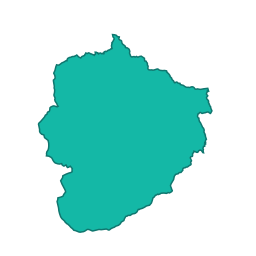 the district of San Jerónimo, Antioquia, Colombia, rotated 166°
{"feature_id": "7082276B34132684574045", "entity_name": "San Jerónimo", "entity_type": "district", "adm_level": 2, "iso_a3": "COL", "parent_name": "Colombia", "parent_adm1": "Antioquia", "projection": "mercator", "projection_center": [-75.715, 6.435], "detail": "fine", "context": "isolated", "style": "filled", "palette": "teal", "viewbox_px": 256, "rotation_deg": 166, "n_neighbors": 0, "source": "geoboundaries", "source_scale": "gbopen_adm2", "svg_char_len": 5762}
<svg xmlns="http://www.w3.org/2000/svg" viewBox="0 0 256 256"><g transform="rotate(166 128 128)"><path d="M41.0,147.2L44.9,147.7L48.1,147.9L49.6,148.4L51.0,149.1L52.6,149.2L53.4,149.5L54.1,151.1L54.6,151.8L55.5,152.4L56.7,152.6L57.9,152.4L58.8,152.5L59.5,152.9L61.0,153.2L61.8,153.6L62.8,154.5L63.9,155.9L66.4,157.3L66.8,157.8L66.7,158.7L66.9,158.8L68.6,159.4L69.2,160.5L69.5,160.7L70.1,160.9L71.5,160.5L72.0,160.8L72.4,162.6L73.5,164.3L73.6,165.9L74.7,167.7L74.6,168.7L75.4,170.7L76.9,173.0L76.6,173.7L76.9,174.2L78.7,175.0L80.5,175.3L82.7,176.1L83.7,176.7L84.4,177.7L85.0,178.1L85.7,178.2L88.5,178.0L89.9,178.1L90.7,178.6L92.8,179.0L94.0,179.7L94.4,180.9L93.5,183.2L94.0,184.3L93.9,184.8L93.6,185.3L93.7,186.7L94.1,187.3L94.2,188.2L94.4,188.6L95.4,188.9L95.6,189.2L95.2,191.7L97.8,194.5L99.6,194.6L101.1,194.3L101.3,194.3L102.5,195.4L103.8,195.1L104.4,195.4L104.7,195.8L105.9,196.0L106.9,195.9L107.6,196.4L108.1,197.1L108.1,198.3L108.3,199.0L108.4,200.4L107.7,202.0L107.8,203.5L108.0,204.4L109.3,205.9L110.0,206.1L111.0,206.7L111.0,207.1L110.8,207.4L110.8,207.9L112.2,209.9L112.7,210.3L113.0,211.0L113.3,211.9L113.2,214.0L113.8,214.9L114.6,215.3L115.1,216.1L115.4,216.7L115.3,217.2L114.7,217.7L114.4,218.5L116.2,219.2L116.7,220.5L117.1,220.9L118.5,221.7L120.4,222.4L120.5,220.5L120.4,219.7L119.9,219.0L119.9,217.5L120.9,216.7L121.5,215.8L123.0,214.6L122.8,214.2L123.5,213.4L123.6,212.7L124.2,211.7L124.3,209.5L124.7,209.3L124.5,208.9L125.2,208.8L125.3,209.0L127.1,208.2L128.3,208.3L129.3,207.8L130.5,207.4L131.5,207.9L131.9,207.6L132.4,207.7L133.1,207.3L133.2,207.1L133.1,206.8L133.2,206.4L134.0,206.6L134.6,206.6L134.4,206.2L134.9,206.4L135.8,206.5L136.5,207.4L136.9,207.5L138.2,207.3L138.5,207.0L138.7,207.4L139.4,207.7L139.2,208.3L139.8,208.5L140.3,209.1L141.5,209.5L141.6,208.3L141.9,207.4L142.6,207.3L143.2,206.7L143.8,207.4L144.7,207.9L145.5,208.7L146.1,208.8L147.4,210.1L148.3,210.5L149.3,210.1L150.1,210.4L150.7,211.0L151.1,210.5L152.0,209.8L152.7,208.9L155.4,208.5L156.9,207.4L158.4,208.6L159.2,209.5L159.5,210.5L160.1,211.2L161.4,210.7L161.9,210.8L162.5,210.4L164.8,210.8L166.3,210.5L168.0,210.6L168.4,210.4L169.4,210.2L169.8,210.0L170.5,209.1L171.0,208.0L171.8,208.3L175.1,207.3L176.1,207.3L179.5,205.8L180.9,206.0L182.0,206.6L183.3,204.7L184.9,201.6L186.7,199.3L186.8,199.1L186.3,196.7L186.5,194.5L186.7,194.0L187.3,193.3L188.8,192.5L189.0,191.5L189.4,186.3L190.0,184.7L189.9,182.8L190.6,180.5L191.9,177.9L191.9,176.9L191.5,174.9L191.6,174.4L192.2,173.3L192.2,173.0L192.2,171.7L191.2,168.9L191.0,166.9L190.5,166.0L191.3,165.7L191.9,165.8L194.2,167.2L195.3,167.5L197.7,167.1L198.8,166.5L199.6,164.3L200.2,163.4L200.5,163.1L202.0,162.9L202.7,162.2L203.3,161.0L205.1,160.4L206.3,158.9L211.4,155.3L212.8,154.6L213.6,153.9L213.9,153.4L214.1,148.2L214.6,146.0L214.4,144.7L213.3,142.9L211.6,141.8L211.3,141.5L211.3,138.9L210.9,138.3L209.9,137.1L208.4,135.1L208.6,134.6L208.6,132.6L209.2,129.8L209.9,127.8L210.8,126.1L212.6,124.4L213.3,122.8L213.4,121.7L213.9,120.7L211.6,119.8L209.8,118.2L209.0,116.9L208.7,115.2L208.1,113.3L207.1,111.7L204.9,110.3L203.2,109.6L201.0,109.5L200.9,108.3L199.7,106.7L198.9,106.6L197.1,107.1L196.8,106.7L196.7,105.2L196.2,104.3L195.2,104.3L193.2,104.9L191.9,102.0L192.4,101.1L192.8,99.1L194.3,98.6L196.2,98.6L199.3,98.2L202.8,97.4L203.5,95.6L206.1,93.1L205.6,89.5L204.0,83.0L204.0,81.0L206.2,79.3L207.7,77.5L210.2,77.2L212.9,77.2L213.5,75.5L214.6,73.8L214.7,67.4L215.1,64.2L215.1,61.5L214.8,58.1L214.1,56.1L212.0,53.0L211.9,52.2L211.0,50.7L210.5,49.9L209.8,49.4L208.4,47.3L207.5,45.4L206.2,43.7L205.3,41.9L203.7,41.1L200.8,39.0L199.6,38.5L196.1,38.2L194.3,38.6L192.3,39.4L191.5,39.3L190.3,38.9L187.6,36.8L186.8,36.6L180.7,36.6L178.5,35.8L174.1,35.3L173.2,35.1L171.7,33.8L171.1,33.6L170.5,33.7L168.7,34.5L166.8,34.9L165.4,35.0L163.5,35.7L160.8,35.9L158.8,36.8L157.2,38.4L154.4,39.2L153.5,40.7L151.6,42.7L151.3,42.8L150.1,42.7L149.6,43.1L148.7,43.1L147.0,42.7L144.4,43.6L142.6,43.4L141.6,43.5L139.9,44.2L137.7,46.5L137.4,46.5L136.7,46.2L136.0,46.5L133.4,46.6L130.9,47.2L129.0,47.9L125.7,47.9L123.4,49.6L122.0,51.8L120.8,54.0L119.1,54.8L117.7,56.1L116.6,56.1L115.4,56.6L115.1,56.6L114.7,56.1L112.7,56.3L111.7,56.7L108.9,56.2L107.3,55.6L106.8,55.3L105.5,55.4L105.0,55.7L104.7,55.7L103.6,55.0L102.0,55.3L101.3,55.7L100.8,55.8L100.4,56.2L100.1,56.8L100.6,58.1L100.4,58.9L100.7,60.2L100.7,62.0L100.1,62.8L99.8,63.3L96.2,67.0L94.8,69.9L93.0,71.5L90.3,71.5L89.4,72.2L88.9,72.3L87.3,72.1L86.1,73.0L85.1,73.6L84.8,74.9L84.1,75.6L83.1,75.7L82.1,75.6L81.1,76.0L79.7,75.8L77.4,76.8L76.2,77.0L75.5,77.7L75.5,79.7L75.1,80.2L74.5,80.5L74.3,80.9L74.8,83.8L74.6,84.4L73.9,84.9L72.5,84.9L72.1,85.3L71.5,87.6L70.3,88.3L69.9,88.8L69.7,89.5L68.7,89.0L67.5,87.9L66.5,87.6L66.0,87.7L64.7,88.9L63.8,89.1L62.7,88.9L62.2,88.3L61.3,86.0L60.7,85.7L60.7,87.6L60.0,89.1L60.3,89.8L59.8,90.8L59.3,91.7L59.1,91.9L58.7,91.9L58.2,91.7L57.9,91.8L57.6,93.9L57.3,93.9L56.9,93.6L56.5,93.7L56.5,94.1L57.1,95.2L57.0,95.5L56.8,95.6L56.4,95.3L56.2,95.3L56.2,96.1L55.9,96.8L55.5,97.4L55.2,98.0L54.7,98.1L54.9,101.3L54.9,101.8L54.6,102.4L55.0,103.2L54.8,103.8L55.3,105.5L55.1,105.8L55.1,106.5L54.6,107.4L54.6,108.0L54.8,109.6L55.4,110.4L56.4,115.5L56.7,116.4L57.0,116.7L57.1,117.5L57.1,119.8L56.8,120.3L57.3,120.7L57.5,121.1L57.7,121.8L57.7,122.6L56.8,124.6L56.0,124.7L54.8,125.6L54.5,125.7L54.0,125.6L52.7,124.3L52.2,124.2L50.1,124.3L49.8,124.1L47.5,124.3L46.6,124.2L45.8,123.7L45.5,123.1L44.9,122.6L44.7,122.2L44.4,122.2L42.5,124.2L42.4,124.5L42.6,125.0L42.6,125.9L42.9,126.9L42.7,128.7L43.1,129.3L43.2,130.5L43.5,131.2L43.4,131.8L43.8,133.7L43.3,134.5L43.7,135.9L44.5,137.1L44.5,138.3L44.3,138.8L43.0,139.7L42.8,140.0L43.7,141.8L43.2,143.0L42.2,144.2L41.3,143.7L41.9,144.4L41.9,144.7L40.9,144.3L41.0,147.2Z" fill="#14b8a6" stroke="#0f766e" stroke-width="1.5"/></g></svg>